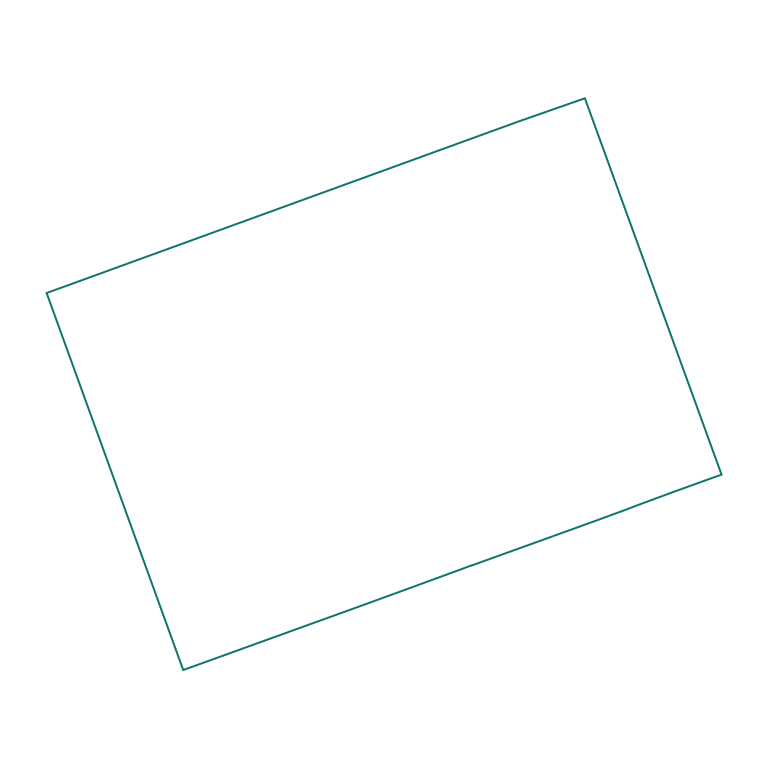 Pawnee, Nebraska, United States of America, rotated 340°
{"feature_id": "52423323B98394521598734", "entity_name": "Pawnee", "entity_type": "district", "adm_level": 2, "iso_a3": "USA", "parent_name": "United States of America", "parent_adm1": "Nebraska", "projection": "robinson", "projection_center": [-96.181, 40.131], "detail": "fine", "context": "isolated", "style": "outline", "palette": "teal", "viewbox_px": 768, "rotation_deg": 340, "n_neighbors": 0, "source": "geoboundaries", "source_scale": "gbopen_adm2", "svg_char_len": 380}
<svg xmlns="http://www.w3.org/2000/svg" viewBox="0 0 768 768"><g transform="rotate(340 384 384)"><path d="M670.2,584.6L670.5,184.2L599.1,183.3L98.1,183.1L97.5,584.1L298.7,584.6L303.1,584.6L381.3,584.5L400.7,584.4L405.4,584.5L488.5,584.8L497.6,584.8L524.5,584.9L570.2,584.8L580.8,584.6L618.3,584.4L653.2,584.5L670.2,584.6Z" fill="none" stroke="#0f766e" stroke-width="2"/></g></svg>